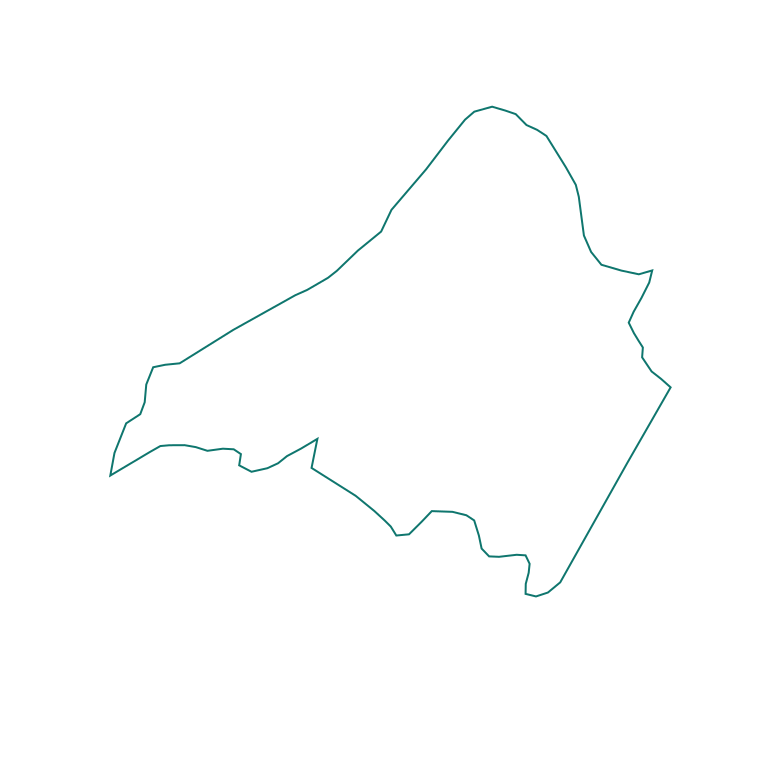 the district of Várzea, Paraíba, Brazil, rotated 346°
{"feature_id": "56859067B31592745893521", "entity_name": "Várzea", "entity_type": "district", "adm_level": 2, "iso_a3": "BRA", "parent_name": "Brazil", "parent_adm1": "Paraíba", "projection": "mercator", "projection_center": [-37.04, -6.791], "detail": "fine", "context": "isolated", "style": "outline", "palette": "teal", "viewbox_px": 768, "rotation_deg": 346, "n_neighbors": 0, "source": "geoboundaries", "source_scale": "gbopen_adm2", "svg_char_len": 1257}
<svg xmlns="http://www.w3.org/2000/svg" viewBox="0 0 768 768"><g transform="rotate(346 384 384)"><path d="M433.4,216.8L418.1,235.4L391.0,248.2L365.6,262.8L355.4,267.4L332.3,274.1L319.4,276.4L250.9,295.0L190.7,314.5L176.3,312.4L164.1,311.9L153.2,327.0L147.4,343.8L140.2,354.3L124.3,359.8L105.8,385.7L96.3,406.6L140.5,393.3L152.0,390.1L160.9,391.5L175.7,395.1L186.1,399.7L196.5,406.1L212.0,407.8L222.4,411.0L228.2,417.4L223.8,427.9L234.2,437.1L250.4,437.5L262.0,435.3L272.4,430.5L287.9,426.6L306.1,421.1L293.4,447.9L329.5,485.7L343.9,504.9L351.7,516.7L356.1,524.0L359.3,534.0L371.9,535.9L387.3,526.7L399.6,518.9L419.5,524.6L432.2,531.3L438.5,538.2L439.4,554.0L438.9,567.3L444.3,576.7L453.8,579.5L471.4,581.8L479.9,584.5L481.8,593.7L478.7,602.2L473.2,612.2L470.6,621.9L480.1,626.9L492.6,626.0L507.0,619.1L601.3,519.1L635.6,483.4L661.3,456.6L654.1,446.1L646.7,436.6L640.9,420.6L644.0,411.2L641.4,403.4L638.8,395.1L636.3,383.7L643.7,374.3L654.6,362.8L665.9,349.7L671.7,338.7L657.8,339.2L641.8,331.4L623.8,320.9L616.9,306.0L613.9,288.3L618.3,249.5L618.3,237.2L612.9,217.7L601.6,182.6L594.0,174.4L584.9,167.2L577.1,154.0L567.8,148.0L556.0,141.1L537.5,141.6L526.6,147.1L504.9,163.4L476.9,185.8L433.4,216.8Z" fill="none" stroke="#0f766e" stroke-width="2"/></g></svg>